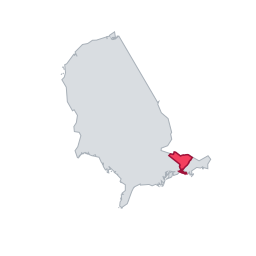 New York highlighted on a map of United States of America, rotated 36°
{"feature_id": "USA-3559", "entity_name": "New York", "entity_type": "State", "adm_level": 1, "iso_a3": "USA", "parent_name": "United States of America", "parent_adm1": "", "projection": "albers", "projection_center": [-74.009, 42.755], "detail": "fine", "context": "in_parent", "style": "filled", "palette": "rose", "viewbox_px": 256, "rotation_deg": 36, "n_neighbors": 0, "source": "natural_earth", "source_scale": "10m", "svg_char_len": 6898}
<svg xmlns="http://www.w3.org/2000/svg" viewBox="0 0 256 256"><g transform="rotate(36 128 128)"><path d="M193.3,114.1L204.8,112.8L209.1,103.4L213.3,104.7L213.8,110.4L216.5,114.0L212.2,115.7L212.0,116.8L211.2,115.5L210.2,117.8L206.8,119.5L204.7,125.3L206.7,127.7L208.0,127.3L207.7,126.3L208.1,126.7L208.2,127.9L204.4,128.9L203.7,127.6L203.3,129.4L198.8,129.9L195.5,132.2L195.8,130.9L195.5,130.1L194.6,133.1L195.5,133.6L195.2,136.2L192.8,139.6L190.4,137.5L191.9,135.4L190.2,136.8L190.8,139.1L191.8,140.5L192.0,142.0L188.9,147.3L189.9,143.9L187.7,140.7L189.3,137.3L187.0,138.3L187.6,143.3L185.5,141.7L184.7,141.9L185.4,140.3L185.4,139.9L184.6,141.1L184.5,142.1L187.8,144.1L187.1,145.0L185.6,143.2L185.0,142.9L186.9,145.1L187.7,145.5L187.1,146.7L186.1,145.7L187.7,147.7L187.3,147.9L186.5,146.9L184.4,146.4L187.0,148.3L188.6,148.3L190.1,152.9L188.8,149.4L189.2,151.7L186.0,151.1L188.2,153.4L189.4,152.8L187.9,154.9L184.9,154.0L186.7,155.2L185.0,156.1L186.9,157.0L183.5,157.3L181.5,160.6L178.2,161.3L171.6,166.9L170.8,166.1L168.0,171.4L167.6,172.8L168.3,177.0L171.9,189.7L169.7,196.0L167.2,196.1L165.1,192.5L164.9,189.6L161.8,185.9L163.1,184.5L161.5,184.4L162.6,180.2L159.2,175.5L153.0,175.8L152.3,173.2L146.4,172.1L147.3,171.2L146.1,172.0L143.4,172.0L143.7,170.1L143.0,171.4L134.9,170.3L138.1,171.9L136.6,173.4L138.9,175.6L137.4,176.2L134.9,173.4L134.4,175.2L130.6,173.6L128.8,170.9L127.2,171.8L121.8,168.7L117.9,170.3L118.9,169.9L117.2,168.8L115.6,171.5L111.5,172.5L112.5,172.1L110.3,171.2L110.8,172.4L107.7,172.9L105.8,175.8L104.7,175.0L105.5,176.2L104.9,179.2L105.5,181.3L104.5,181.7L98.5,177.5L98.4,172.7L94.4,161.9L91.1,160.2L86.7,162.4L83.4,158.7L83.1,154.1L79.7,147.5L73.7,144.9L73.0,146.7L63.5,142.4L54.1,131.3L46.1,127.8L46.6,124.4L44.9,119.9L39.6,114.0L40.7,112.1L40.8,100.1L41.6,99.3L41.9,101.1L42.4,98.8L44.8,100.0L40.5,97.6L42.1,87.2L45.7,83.4L47.7,77.9L50.8,75.5L57.1,66.9L58.9,68.3L57.1,66.5L59.3,64.5L58.5,64.0L60.6,58.1L64.5,62.0L61.9,64.1L64.6,63.2L63.1,65.3L61.6,65.2L62.4,65.8L63.8,65.4L65.5,63.3L66.5,59.0L136.9,89.9L137.3,88.4L138.1,91.3L146.0,96.1L154.9,96.8L165.9,105.9L166.1,107.9L170.0,111.4L170.5,119.0L166.8,124.7L168.0,126.8L179.8,123.0L179.5,120.2L180.6,119.7L186.8,119.8L193.3,114.1ZM200.2,131.1L202.1,130.8L195.3,132.6L200.9,130.4L200.2,131.1ZM65.5,61.4L65.2,63.2L65.0,63.4L64.8,61.8L65.5,61.4ZM105.5,180.7L105.4,177.9L105.8,176.4L105.5,178.0L105.5,180.7ZM212.6,115.9L212.7,116.8L212.4,116.6L212.6,115.9ZM128.7,171.7L128.7,172.4L128.2,171.7L128.7,171.7ZM40.8,117.8L41.7,117.9L41.7,118.0L40.8,117.8ZM40.1,117.1L39.6,117.3L39.5,116.8L40.1,117.1ZM206.2,129.0L205.6,129.5L205.5,129.4L206.2,129.0ZM106.7,175.2L105.9,176.2L107.7,174.3L106.7,175.2ZM170.8,185.5L171.5,188.0L170.7,185.3L170.8,185.5ZM43.6,121.8L43.6,122.6L43.5,121.8L43.6,121.8ZM170.1,196.4L169.2,197.1L170.6,195.6L170.1,196.4ZM190.3,154.5L189.5,155.4L190.2,153.2L190.3,154.5ZM65.6,59.8L65.3,60.2L65.2,59.9L65.6,59.8ZM110.7,172.9L109.3,173.1L110.8,172.7L110.7,172.9ZM208.0,129.1L208.0,129.8L207.4,129.6L208.0,129.1ZM42.6,123.4L42.5,124.3L42.5,123.4L42.6,123.4ZM108.9,173.5L108.3,173.6L108.8,173.3L108.9,173.5ZM191.6,143.0L190.8,144.3L191.8,142.5L191.6,143.0ZM117.4,170.7L116.4,171.0L117.8,170.5L117.4,170.7ZM168.0,172.1L167.8,173.1L167.8,172.4L168.0,172.1ZM187.2,157.1L186.9,157.3L187.7,156.6L187.2,157.1ZM155.2,175.9L154.1,176.3L153.7,176.1L155.2,175.9ZM143.0,171.8L142.8,171.9L142.3,171.8L143.0,171.8ZM163.8,189.6L163.8,190.3L163.6,189.4L163.8,189.6ZM140.2,172.7L139.9,173.4L140.1,172.2L140.2,172.7ZM167.5,197.8L166.9,197.9L167.8,197.7L167.5,197.8ZM195.0,136.7L194.6,137.3L195.1,136.4L195.0,136.7ZM188.9,155.6L188.6,155.9L188.9,155.6Z" fill="#d9dde1" stroke="#a8b0b8" stroke-width="1"/><path d="M177.5,124.0L179.8,123.0L180.0,122.9L180.2,122.7L180.2,122.4L179.9,122.2L179.9,121.9L179.8,121.7L179.9,121.1L179.8,120.7L179.5,120.2L180.9,119.6L181.1,119.6L186.7,119.8L186.9,119.8L188.0,117.9L188.3,117.7L188.8,117.4L188.8,117.1L189.2,116.9L189.8,116.6L189.9,116.4L190.1,116.1L190.3,115.9L191.6,114.7L192.0,114.5L192.3,114.4L192.6,114.2L192.8,114.1L193.3,114.2L197.4,114.1L197.4,114.4L197.4,114.5L197.3,114.8L197.4,115.0L197.4,115.3L197.4,115.5L197.3,115.8L197.3,116.0L197.5,116.3L197.6,116.5L197.4,116.9L197.5,117.2L197.5,117.4L197.3,117.5L197.2,118.1L197.2,118.3L197.2,118.6L197.3,118.7L197.3,118.9L197.3,119.1L197.4,119.3L197.4,119.5L197.2,119.9L197.2,120.1L197.3,120.2L197.5,120.0L197.7,120.3L197.7,123.2L197.7,123.4L197.6,123.5L197.0,126.5L196.9,129.9L197.1,130.2L196.3,130.7L196.5,130.9L196.5,131.0L196.5,131.3L196.4,131.3L196.2,131.5L196.0,131.8L195.9,131.9L195.7,131.9L195.7,131.7L195.8,131.4L195.8,131.1L195.8,130.6L195.8,130.3L195.8,130.2L195.6,130.1L195.6,129.9L195.5,130.0L195.6,130.3L195.7,130.7L195.7,131.0L193.2,129.6L193.1,129.3L192.9,129.3L192.8,129.2L192.7,129.2L192.4,129.0L192.1,128.6L192.1,128.2L192.1,127.9L191.9,127.7L192.0,127.6L191.9,127.5L191.8,127.4L191.7,127.4L191.5,127.1L191.2,126.9L177.3,126.3L177.5,124.0ZM202.1,130.8L202.0,130.7L202.3,130.7L202.2,130.8L201.5,131.1L200.5,131.6L200.4,131.7L200.2,131.6L200.3,131.7L200.2,131.7L200.1,131.8L199.5,132.1L199.8,131.9L199.6,131.9L199.4,132.0L199.2,132.0L198.9,132.1L198.6,132.2L198.3,132.3L198.2,132.2L198.2,132.3L197.9,132.3L197.6,132.4L197.4,132.5L196.8,132.6L196.5,132.8L196.5,132.7L196.4,132.7L196.4,132.8L196.8,132.8L196.4,132.9L196.2,132.8L195.6,133.0L196.1,132.8L196.2,132.7L195.9,132.6L195.8,132.9L195.7,132.9L195.4,132.9L195.3,132.7L195.4,132.4L195.5,132.3L195.6,132.2L195.8,132.0L196.0,132.0L196.2,131.9L196.3,131.8L196.3,131.7L196.5,131.7L196.5,131.9L196.5,131.7L196.8,131.5L197.0,131.5L196.9,131.6L197.0,131.6L197.0,131.4L197.2,131.5L197.3,131.5L197.5,131.5L197.5,131.4L197.3,131.4L197.7,131.4L197.9,131.5L198.1,131.4L198.3,131.2L198.3,131.3L198.4,131.2L198.5,131.2L198.9,131.2L199.2,131.2L199.3,131.2L199.6,131.2L199.8,131.1L200.3,130.8L200.4,130.7L200.5,130.7L200.9,130.4L201.0,130.4L201.0,130.5L200.9,130.6L200.7,130.6L200.5,130.8L200.4,131.0L200.2,131.1L200.1,131.3L199.9,131.4L199.8,131.5L200.0,131.5L200.0,131.4L200.2,131.5L200.3,131.5L200.4,131.4L200.5,131.3L200.6,131.1L200.8,131.1L200.8,130.9L200.9,131.0L201.0,131.0L201.1,130.9L201.2,131.0L201.2,130.8L201.3,130.8L201.4,131.0L201.5,131.0L201.8,130.8L201.9,130.7L202.0,130.7L202.1,130.8L202.1,130.8ZM195.0,132.7L195.3,132.8L195.1,133.0L194.8,133.2L194.6,133.2L194.8,133.0L194.8,132.9L194.8,132.7L195.0,132.7ZM198.8,132.3L199.3,132.1L198.5,132.5L198.2,132.6L197.9,132.7L197.7,132.7L197.8,132.7L198.5,132.4L198.8,132.3ZM195.6,132.0L195.5,132.3L195.4,132.4L195.4,132.1L195.7,131.6L195.6,131.8L195.6,132.0ZM197.8,132.6L197.6,132.6L196.8,132.9L197.6,132.6L197.8,132.6L197.8,132.6ZM200.7,130.7L200.8,130.6L200.9,130.8L200.7,130.9L200.7,130.7L200.7,130.7ZM201.8,130.0L201.7,130.0L201.7,129.9L201.8,129.9L202.0,129.8L201.9,129.9L201.8,130.0ZM201.4,130.5L201.5,130.6L201.5,130.8L201.5,130.7L201.4,130.6L201.4,130.5Z" fill="#f43f5e" stroke="#9f1239" stroke-width="1.5"/></g></svg>